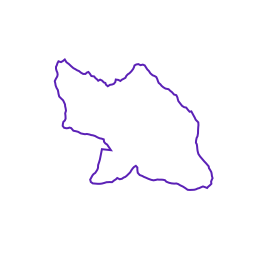 outline of José Boiteux, Santa Catarina, Brazil, rotated 325°
{"feature_id": "56859067B74314502479373", "entity_name": "José Boiteux", "entity_type": "district", "adm_level": 2, "iso_a3": "BRA", "parent_name": "Brazil", "parent_adm1": "Santa Catarina", "projection": "mercator", "projection_center": [-49.654, -26.855], "detail": "fine", "context": "isolated", "style": "outline", "palette": "violet", "viewbox_px": 256, "rotation_deg": 325, "n_neighbors": 0, "source": "geoboundaries", "source_scale": "gbopen_adm2", "svg_char_len": 2929}
<svg xmlns="http://www.w3.org/2000/svg" viewBox="0 0 256 256"><g transform="rotate(325 128 128)"><path d="M186.4,128.8L184.9,127.0L184.6,124.0L183.9,121.7L183.5,119.5L181.3,117.2L180.3,114.9L179.7,112.7L179.6,110.8L179.0,108.6L179.5,106.4L180.0,104.8L180.4,102.5L179.6,100.7L178.4,98.9L177.7,96.1L177.8,93.2L177.4,91.1L177.5,88.5L177.6,86.3L176.5,84.6L174.3,83.7L173.1,81.6L171.2,80.7L169.2,80.5L167.8,81.6L166.1,82.6L163.3,83.5L160.5,84.0L158.6,83.9L156.4,84.4L154.7,85.4L152.7,85.2L150.6,84.9L148.7,85.1L147.7,83.1L145.8,81.3L143.9,83.1L141.6,83.7L139.8,83.2L138.0,82.3L135.4,82.2L134.8,79.8L135.3,78.1L134.3,76.7L134.0,74.4L132.9,72.4L130.7,72.2L130.5,70.3L130.0,68.6L129.8,66.3L127.8,64.4L127.9,61.4L127.7,59.4L126.1,59.0L124.1,59.3L122.3,58.0L121.2,55.7L120.5,53.2L119.5,51.7L118.6,49.6L117.6,47.6L116.9,44.8L116.3,41.8L115.3,38.8L115.5,35.6L113.2,35.8L110.9,35.6L109.3,33.5L107.3,34.5L105.6,35.8L104.1,36.6L103.0,38.2L102.3,40.1L101.9,42.1L101.0,43.9L99.6,45.2L97.0,46.4L94.9,47.6L94.1,49.6L93.1,51.7L92.5,54.1L92.3,56.6L91.6,58.3L90.7,60.1L89.7,62.8L90.2,65.6L90.7,68.1L90.3,70.6L89.9,72.6L89.0,74.1L88.2,76.1L87.1,78.3L85.0,79.9L83.7,82.3L82.2,84.6L80.6,85.6L78.6,85.9L77.2,87.1L75.7,88.8L75.8,91.2L77.4,92.9L78.8,93.7L80.3,94.1L81.4,95.5L81.7,98.9L83.5,100.8L85.0,102.6L86.3,105.4L88.0,107.2L89.2,108.4L90.9,109.3L92.7,111.2L93.8,112.7L95.0,113.8L96.4,115.6L97.6,118.1L98.9,120.2L100.2,121.5L101.6,123.4L100.5,125.5L100.6,127.6L101.4,129.6L101.3,136.4L94.5,130.4L87.0,137.6L85.4,138.9L83.8,140.1L82.3,141.2L80.6,143.4L79.1,144.5L77.2,145.3L75.4,146.0L73.3,146.0L71.6,146.5L69.8,147.4L67.4,148.6L66.6,150.9L67.4,153.2L69.7,155.1L71.5,156.6L73.5,157.9L74.9,158.6L76.8,159.3L79.3,160.1L81.7,161.6L83.9,163.2L86.4,163.0L88.7,163.1L90.5,162.8L91.8,165.2L93.9,166.1L96.0,166.1L97.7,166.5L99.5,166.4L101.9,166.0L104.3,165.6L106.7,164.5L108.7,163.8L110.5,163.4L112.7,163.5L113.0,165.7L111.5,167.9L110.3,170.3L110.6,173.2L112.2,175.5L113.0,177.2L114.0,178.7L115.6,181.4L117.3,183.8L118.9,185.5L120.8,186.4L122.6,187.1L124.0,188.3L125.6,189.4L126.9,190.4L128.3,191.9L128.6,194.0L130.2,196.4L132.0,198.4L134.0,200.1L135.8,201.2L136.9,202.6L137.9,204.9L139.4,207.5L140.5,210.2L141.4,212.8L142.8,214.0L145.1,215.5L146.9,216.6L148.5,217.2L150.3,217.5L151.9,218.1L153.7,218.4L155.9,218.9L157.5,221.1L158.4,222.5L159.9,222.1L162.3,221.9L164.3,221.5L165.3,219.6L166.9,218.5L168.5,217.6L169.2,215.5L170.2,213.6L170.9,212.0L171.2,209.6L171.3,207.3L172.1,205.7L171.9,203.7L171.7,201.6L171.3,198.9L171.0,195.7L170.7,192.6L170.8,189.5L171.9,186.6L172.9,184.7L174.0,182.8L175.0,180.8L175.2,179.0L176.7,177.2L178.5,175.5L180.1,174.7L182.3,172.5L184.2,169.9L186.1,167.5L187.4,166.0L188.8,163.7L188.2,160.0L188.6,157.9L188.9,155.1L189.2,152.6L189.4,150.7L187.8,150.0L187.5,147.4L187.4,144.7L185.9,143.1L185.0,140.9L184.9,139.0L184.8,136.9L184.7,134.9L185.3,133.0L186.0,131.3L186.4,128.8Z" fill="none" stroke="#5b21b6" stroke-width="2"/></g></svg>